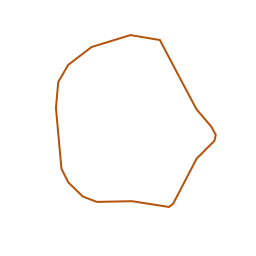 Ngulu, Federated States of Micronesia (orthographic projection), rotated 66°
{"feature_id": "79324940B42165526441139", "entity_name": "Ngulu", "entity_type": "district", "adm_level": 2, "iso_a3": "FSM", "parent_name": "Federated States of Micronesia", "parent_adm1": "", "projection": "orthographic", "projection_center": [137.488, 8.298], "detail": "fine", "context": "isolated", "style": "outline", "palette": "amber", "viewbox_px": 256, "rotation_deg": 66, "n_neighbors": 0, "source": "geoboundaries", "source_scale": "gbopen_adm2", "svg_char_len": 388}
<svg xmlns="http://www.w3.org/2000/svg" viewBox="0 0 256 256"><g transform="rotate(66 128 128)"><path d="M60.6,63.1L44.1,88.0L39.2,128.3L46.0,156.9L57.6,173.0L80.4,185.7L138.3,205.4L153.7,204.6L172.3,197.1L182.8,186.6L196.5,154.1L216.8,122.7L215.5,117.5L183.9,77.8L174.8,54.2L169.9,50.6L160.5,51.4L138.8,57.8L98.8,60.6L60.6,63.1Z" fill="none" stroke="#b45309" stroke-width="2"/></g></svg>